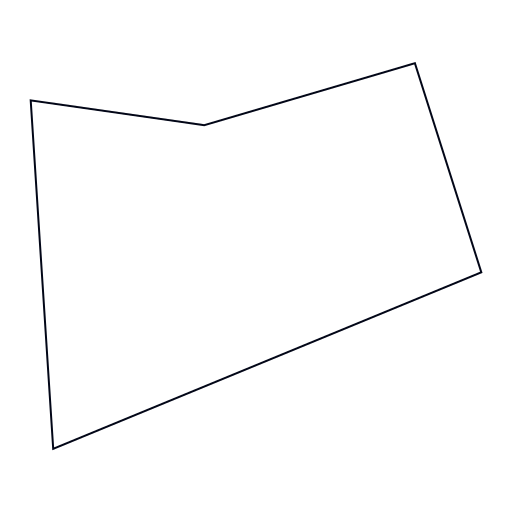 an SVG outline of Aiwo, rotated 270°
{"feature_id": "NRU-4972", "entity_name": "Aiwo", "entity_type": "state/province", "adm_level": 1, "iso_a3": "NRU", "parent_name": "Nauru", "parent_adm1": "", "projection": "orthographic", "projection_center": [166.914, -0.531], "detail": "fine", "context": "isolated", "style": "outline", "palette": "ink", "viewbox_px": 512, "rotation_deg": 270, "n_neighbors": 0, "source": "natural_earth", "source_scale": "10m", "svg_char_len": 235}
<svg xmlns="http://www.w3.org/2000/svg" viewBox="0 0 512 512"><g transform="rotate(270 256 256)"><path d="M239.7,481.3L63.2,53.2L411.6,30.7L386.8,204.2L448.8,414.9L239.7,481.3Z" fill="none" stroke="#020617" stroke-width="2"/></g></svg>